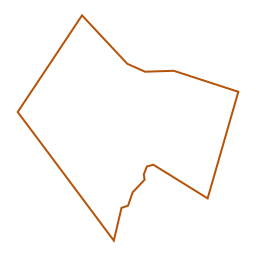 outline of Triunfo Potiguar, Rio Grande do Norte, Brazil
{"feature_id": "56859067B26261552495963", "entity_name": "Triunfo Potiguar", "entity_type": "district", "adm_level": 2, "iso_a3": "BRA", "parent_name": "Brazil", "parent_adm1": "Rio Grande do Norte", "projection": "natural_earth1", "projection_center": [-37.141, -5.923], "detail": "fine", "context": "isolated", "style": "outline", "palette": "amber", "viewbox_px": 256, "rotation_deg": 0, "n_neighbors": 0, "source": "geoboundaries", "source_scale": "gbopen_adm2", "svg_char_len": 369}
<svg xmlns="http://www.w3.org/2000/svg" viewBox="0 0 256 256"><path d="M113.8,240.6L117.0,227.1L121.5,207.9L128.1,205.6L132.6,192.4L144.6,179.7L143.8,174.4L146.9,166.5L153.3,164.7L207.6,198.4L212.2,182.6L221.4,150.6L238.3,91.8L173.8,70.8L145.0,71.7L127.3,63.8L82.0,15.4L49.3,64.6L17.7,112.0L44.0,147.1L113.8,240.6Z" fill="none" stroke="#b45309" stroke-width="2"/></svg>